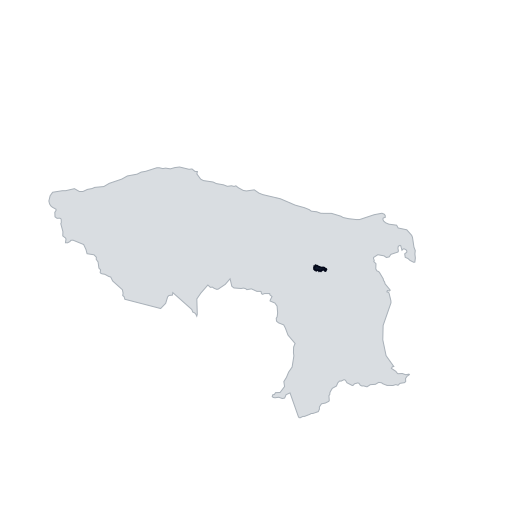 El Dorado, San Martín, Peru shown in context, rotated 131°
{"feature_id": "86281439B18288209632206", "entity_name": "El Dorado", "entity_type": "district", "adm_level": 2, "iso_a3": "PER", "parent_name": "Peru", "parent_adm1": "San Martín", "projection": "robinson", "projection_center": [-76.72, -6.537], "detail": "fine", "context": "in_parent", "style": "filled", "palette": "ink", "viewbox_px": 512, "rotation_deg": 131, "n_neighbors": 0, "source": "geoboundaries", "source_scale": "gbopen_adm2", "svg_char_len": 5827}
<svg xmlns="http://www.w3.org/2000/svg" viewBox="0 0 512 512"><g transform="rotate(131 256 256)"><path d="M351.5,150.2L351.4,151.6L349.8,152.3L348.4,151.3L346.3,151.6L343.2,148.3L335.8,148.8L332.5,152.6L327.6,153.4L322.2,155.2L316.1,155.9L306.5,161.9L304.3,164.4L300.0,167.9L296.4,169.1L294.7,180.0L291.2,186.4L289.8,189.9L291.7,195.2L291.7,197.8L289.7,199.9L288.1,200.1L284.8,202.3L280.0,207.2L279.1,210.9L280.7,215.8L280.1,216.3L276.1,217.3L276.2,220.0L275.4,221.0L278.7,224.9L280.6,225.9L280.8,226.9L280.4,227.9L279.7,228.3L279.6,229.2L282.1,232.1L283.8,237.9L287.4,240.8L287.5,242.6L288.5,244.5L290.3,245.9L294.6,251.7L294.7,254.4L290.2,260.6L297.6,260.6L305.8,262.8L306.9,263.7L307.9,266.6L308.0,268.4L309.6,269.9L309.5,273.3L320.2,273.3L327.2,272.5L338.5,262.1L340.3,261.2L339.3,263.5L339.2,265.1L339.8,266.9L338.5,269.4L338.2,294.8L340.3,293.4L342.9,295.8L344.8,295.9L351.0,293.1L358.2,293.5L374.7,326.6L373.2,328.9L373.3,330.6L371.2,332.0L369.1,334.7L368.9,347.8L367.2,351.8L368.1,353.9L369.0,358.1L370.5,360.6L370.9,362.2L370.7,362.8L368.4,364.2L368.2,366.6L364.1,371.3L363.3,374.5L361.7,375.6L361.4,379.1L365.1,385.0L362.7,388.5L360.4,393.6L364.1,404.5L365.6,406.0L367.2,405.9L369.7,406.9L371.0,408.5L367.9,410.5L367.4,411.4L367.6,415.0L364.3,417.7L359.7,424.5L358.5,424.9L356.3,426.9L355.9,427.9L356.2,428.9L358.1,430.9L358.3,433.4L355.0,436.5L352.8,436.8L351.9,437.6L352.8,441.8L352.8,443.8L352.1,446.0L350.4,448.4L345.6,450.9L341.3,451.3L333.9,445.1L331.6,442.5L324.3,437.2L323.2,431.6L320.8,428.9L316.3,426.9L312.7,424.0L310.0,422.7L303.4,416.4L297.4,414.4L286.1,407.8L280.0,405.6L272.2,399.4L268.0,397.7L264.6,394.9L254.4,388.7L252.8,386.8L251.2,383.7L249.0,381.9L246.4,377.8L242.6,375.3L239.0,372.1L234.5,363.4L232.3,361.4L232.2,357.5L230.7,355.7L232.9,354.4L234.3,348.2L233.6,345.2L228.3,336.9L227.4,333.5L223.6,327.2L222.2,323.3L219.1,320.6L217.9,318.2L216.2,317.2L216.1,314.3L214.9,308.7L213.2,305.9L207.2,300.7L206.6,295.0L205.2,291.1L196.8,275.1L191.9,259.8L187.8,251.2L186.1,246.3L185.9,243.7L182.8,239.2L181.2,235.0L174.3,227.0L170.3,218.1L169.8,215.5L167.1,210.6L162.7,204.2L160.5,201.7L147.3,193.9L141.1,189.0L140.3,186.6L140.6,185.2L142.0,183.8L143.9,184.9L145.0,184.4L145.9,182.7L145.9,180.0L144.8,176.6L140.5,170.1L141.6,167.1L137.3,159.4L138.3,152.0L139.3,150.1L145.7,142.6L147.4,139.4L150.2,137.4L153.0,134.4L156.4,132.1L157.3,132.9L158.3,136.9L158.2,139.6L159.1,142.5L156.8,145.2L154.3,144.7L153.3,145.4L152.9,146.6L153.3,148.7L154.0,149.5L155.9,149.6L153.3,153.5L153.5,154.3L155.3,155.0L157.0,154.0L158.8,151.8L159.9,151.5L166.3,155.3L169.3,154.9L171.6,156.6L171.9,159.5L175.1,164.9L179.9,166.3L180.7,165.8L181.8,163.8L182.9,163.5L183.1,160.4L187.2,157.1L187.9,154.9L187.3,153.3L187.4,152.1L189.8,144.9L190.6,144.1L191.3,141.8L192.3,140.4L193.7,132.3L194.8,132.3L195.9,134.2L197.2,133.7L196.5,131.9L196.7,131.3L201.3,124.8L202.8,123.4L225.0,114.5L236.1,105.3L245.9,92.4L249.0,79.5L250.1,80.4L252.0,80.1L251.3,74.9L251.8,72.4L251.7,71.6L248.7,68.5L247.4,65.1L244.8,63.1L244.9,62.4L247.7,63.1L250.3,62.8L252.5,60.7L254.1,60.8L257.7,63.8L260.4,64.0L261.3,66.1L263.9,67.7L267.7,72.2L269.4,77.0L269.2,77.9L270.9,80.5L274.5,81.7L278.1,85.3L281.9,86.4L283.5,89.7L284.6,90.7L285.1,92.6L284.5,94.7L285.0,95.9L287.8,97.8L290.2,97.9L290.7,98.8L292.0,104.2L291.1,106.9L291.5,108.4L294.6,109.7L295.5,110.9L297.9,111.1L301.4,110.0L305.8,111.6L309.1,111.0L310.6,110.6L312.2,109.4L313.5,109.4L316.9,106.0L317.9,105.7L321.5,107.2L324.6,109.6L328.4,109.1L329.9,107.7L332.6,106.9L337.6,109.8L338.7,111.1L340.0,111.4L345.3,114.2L346.3,115.4L349.1,116.5L349.7,117.4L349.5,118.5L337.0,140.5L340.9,142.3L344.4,141.2L346.3,142.6L347.7,146.2L350.5,148.6L351.5,150.2Z" fill="#d9dde1" stroke="#a8b0b8" stroke-width="1"/><path d="M228.0,203.3L228.0,203.2L227.9,203.1L227.9,202.9L228.0,202.6L227.9,202.6L227.7,202.5L227.7,202.4L227.4,202.3L227.4,202.2L227.4,201.9L227.4,201.7L227.5,201.7L227.7,201.4L227.8,201.2L227.7,201.1L227.7,200.9L227.6,200.7L227.4,200.5L227.2,200.5L226.9,200.5L226.7,200.5L226.6,200.4L226.4,200.2L226.2,200.0L226.1,199.9L225.9,199.7L225.7,199.4L225.7,199.2L225.8,199.1L225.7,199.0L225.8,198.9L225.7,198.9L225.5,198.7L225.5,198.4L225.4,198.4L225.5,198.2L225.4,198.2L225.3,197.9L225.2,197.8L225.1,197.4L225.0,197.1L225.0,196.9L224.8,196.9L224.7,196.7L224.7,196.8L224.4,196.9L224.4,197.0L224.2,197.0L224.1,196.8L223.9,196.8L223.7,196.8L223.5,196.7L223.4,196.7L223.2,196.7L223.2,196.8L223.1,196.7L222.9,196.6L222.7,196.4L222.4,196.3L222.4,196.2L222.2,196.1L222.1,195.9L222.0,195.7L221.9,195.7L222.0,195.3L222.0,195.1L222.1,194.6L222.1,194.4L222.1,194.2L222.1,193.9L221.9,193.8L221.9,193.7L221.7,193.6L221.4,193.5L221.2,193.6L221.1,193.8L220.9,193.8L220.9,194.0L220.8,193.9L220.7,193.8L220.4,193.9L220.2,193.9L219.9,193.9L219.8,194.0L219.7,194.3L219.7,194.5L219.6,194.8L219.7,195.0L219.9,195.2L220.0,195.3L220.1,195.5L220.2,196.0L219.9,196.3L219.9,196.5L220.0,196.6L220.0,196.9L220.0,197.1L220.1,197.3L220.5,197.9L220.8,198.0L221.1,198.1L221.1,198.3L221.3,198.3L221.3,198.5L221.5,198.8L221.7,199.0L221.8,199.2L221.8,199.3L222.0,199.5L222.1,199.8L222.1,200.0L222.3,200.3L222.3,200.5L222.4,200.8L222.5,200.8L222.5,201.0L222.6,201.3L222.7,201.5L222.8,201.5L222.9,201.8L222.9,202.0L223.0,202.4L223.0,202.5L223.1,202.8L223.0,203.0L223.1,203.3L223.1,203.6L223.2,203.8L223.3,203.8L223.3,204.0L223.5,204.2L223.7,204.3L223.8,204.4L223.8,204.5L224.0,204.8L224.0,205.0L224.2,204.9L224.3,205.0L224.4,204.9L224.5,204.9L224.8,204.9L224.8,205.0L225.0,205.1L225.1,204.9L225.2,205.0L225.2,204.9L225.3,204.9L225.5,204.8L225.6,204.7L225.6,204.8L225.6,204.7L225.8,204.7L226.0,204.5L226.1,204.4L226.2,204.5L226.3,204.5L226.5,204.6L226.6,204.8L226.7,204.7L226.8,204.7L227.0,204.5L227.0,204.4L227.3,204.2L227.6,203.9L227.8,203.8L227.9,203.6L228.0,203.5L228.0,203.3Z" fill="#0f172a" stroke="#020617" stroke-width="1.5"/></g></svg>